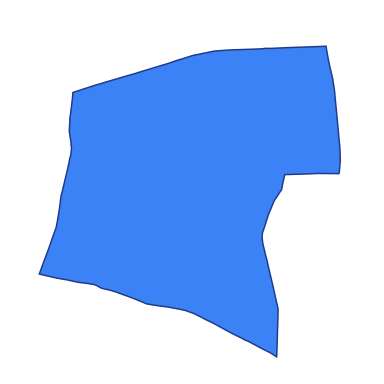 outline of At Tahrir, Amanat Al Asimah, Yemen, rotated 185°
{"feature_id": "15242507B91083186243628", "entity_name": "At Tahrir", "entity_type": "district", "adm_level": 2, "iso_a3": "YEM", "parent_name": "Yemen", "parent_adm1": "Amanat Al Asimah", "projection": "mercator", "projection_center": [44.197, 15.354], "detail": "fine", "context": "isolated", "style": "filled", "palette": "blue", "viewbox_px": 384, "rotation_deg": 185, "n_neighbors": 0, "source": "geoboundaries", "source_scale": "gbopen_adm2", "svg_char_len": 2236}
<svg xmlns="http://www.w3.org/2000/svg" viewBox="0 0 384 384"><g transform="rotate(185 192 192)"><path d="M337.0,96.9L327.4,95.6L319.0,94.4L307.9,93.5L305.7,93.1L296.3,92.0L295.2,92.0L288.0,91.8L284.6,91.5L282.6,91.4L279.7,90.9L276.8,89.6L275.2,88.8L273.6,88.3L270.8,87.8L266.9,87.3L263.5,86.7L257.8,85.5L256.4,85.0L251.0,83.6L244.9,82.0L240.8,80.8L237.5,79.8L228.9,77.1L227.5,76.6L224.8,76.4L220.5,76.0L217.0,75.8L212.6,75.5L209.7,75.5L206.1,75.3L202.5,75.0L190.4,73.7L188.1,73.4L183.9,72.2L181.2,71.6L179.0,70.9L175.9,69.6L172.0,68.2L168.7,66.7L165.9,65.6L159.0,63.0L144.3,56.5L140.7,55.0L139.6,54.5L130.5,51.0L125.7,48.9L123.7,48.5L111.8,43.4L106.3,41.1L100.3,38.8L93.3,35.1L93.3,36.1L94.1,51.1L96.0,82.8L101.9,101.4L103.2,105.5L107.9,119.7L110.5,127.7L111.1,129.8L112.9,134.7L115.0,141.0L116.8,146.3L117.4,148.8L117.6,149.9L117.9,151.4L118.3,153.5L118.3,156.7L118.0,158.3L117.6,160.0L116.8,163.2L115.8,167.4L115.5,169.1L114.4,173.9L113.8,176.4L113.6,177.3L112.9,179.4L112.2,181.4L110.2,187.7L109.1,191.1L107.5,193.7L106.6,195.5L104.6,199.2L103.6,201.0L103.0,201.8L102.4,207.8L101.8,212.2L101.1,217.4L96.1,218.0L90.2,218.7L88.9,218.8L83.5,219.5L78.6,220.1L75.3,220.5L66.9,221.6L62.8,221.8L60.8,222.1L55.1,222.4L54.1,222.6L47.2,223.1L47.0,224.5L47.0,230.5L47.0,236.0L47.2,238.1L48.0,245.0L48.6,249.3L49.2,252.7L49.7,255.2L50.8,261.2L52.0,268.0L53.6,276.7L57.6,298.3L58.9,305.6L59.4,307.6L60.5,312.1L60.8,313.2L61.4,316.2L65.5,328.6L67.7,335.8L68.8,339.8L70.9,347.6L71.1,348.9L91.7,346.3L109.9,344.1L113.5,343.6L126.2,341.9L131.6,341.5L134.3,340.8L142.0,339.8L159.3,337.7L167.1,336.8L168.1,336.4L170.1,336.3L182.3,334.3L184.8,333.5L190.9,331.7L192.8,331.2L195.1,330.4L197.2,329.8L202.8,328.2L209.0,325.6L213.3,323.8L217.5,322.2L226.7,318.1L241.0,312.4L245.6,310.5L251.0,308.4L259.7,304.8L263.9,303.2L266.6,302.2L288.0,293.8L290.7,292.6L297.9,289.9L319.3,280.8L319.3,273.3L319.5,267.3L319.9,257.0L320.1,255.8L319.9,252.9L319.8,248.5L319.6,242.2L319.0,239.6L316.7,230.2L316.7,228.7L315.9,225.8L315.9,218.8L316.7,214.8L317.0,211.1L318.2,202.3L321.7,178.5L322.1,177.5L322.6,163.7L322.8,161.1L323.5,152.0L324.2,145.0L328.2,129.8L329.3,125.1L330.7,119.9L333.5,110.0L337.0,96.9Z" fill="#3b82f6" stroke="#1e3a8a" stroke-width="1.5"/></g></svg>